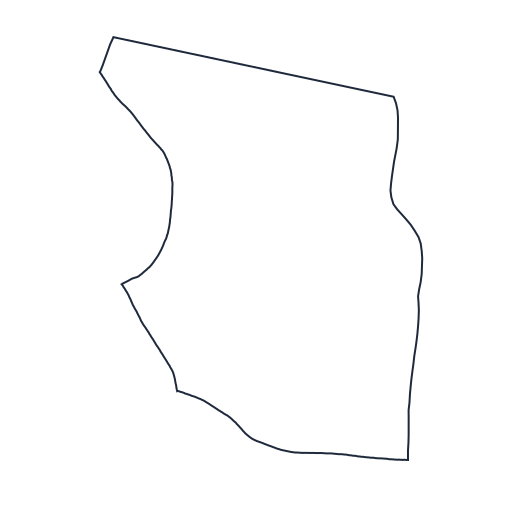 outline of Jabal Murad, Ma'rib, Yemen, rotated 12°
{"feature_id": "15242507B48371186390559", "entity_name": "Jabal Murad", "entity_type": "district", "adm_level": 2, "iso_a3": "YEM", "parent_name": "Yemen", "parent_adm1": "Ma'rib", "projection": "natural_earth1", "projection_center": [45.169, 15.045], "detail": "fine", "context": "isolated", "style": "outline", "palette": "slate", "viewbox_px": 512, "rotation_deg": 12, "n_neighbors": 0, "source": "geoboundaries", "source_scale": "gbopen_adm2", "svg_char_len": 5157}
<svg xmlns="http://www.w3.org/2000/svg" viewBox="0 0 512 512"><g transform="rotate(12 256 256)"><path d="M71.0,71.6L70.9,72.3L69.3,79.5L68.3,87.1L67.3,94.5L66.4,101.3L65.2,108.1L64.9,108.6L66.3,110.0L67.7,111.2L68.4,112.1L70.1,113.6L71.6,115.2L72.6,116.1L73.9,117.5L74.7,118.3L75.9,119.6L77.0,120.8L78.1,121.8L79.2,122.7L79.8,123.6L80.5,124.4L81.3,125.1L82.2,125.8L83.6,127.2L84.5,128.1L85.7,129.0L87.4,130.4L88.2,131.0L89.9,132.1L91.0,133.0L93.1,134.4L94.2,135.1L97.2,136.8L98.9,137.9L99.8,138.6L102.1,140.1L103.4,141.0L104.9,142.2L105.8,142.9L107.2,144.1L108.0,144.8L109.0,145.7L110.3,146.9L111.0,147.6L112.5,148.8L113.9,149.9L114.7,150.6L116.5,152.3L117.9,153.5L118.7,154.2L120.0,155.3L121.0,156.0L122.0,156.8L123.4,158.1L124.5,158.9L126.8,160.8L128.0,161.9L129.2,162.8L130.2,163.5L131.4,164.3L132.9,165.5L134.0,166.2L135.7,167.5L136.6,168.0L138.1,169.0L138.9,169.7L140.1,170.4L141.2,171.5L142.3,172.1L143.5,173.2L144.6,174.4L145.5,175.5L146.4,176.7L147.5,178.3L148.7,179.7L149.9,181.6L150.7,182.8L151.4,183.9L152.2,185.1L153.0,186.5L153.6,187.9L154.4,189.1L155.1,190.7L155.9,192.6L156.5,194.8L157.4,196.8L157.7,198.0L158.0,199.4L158.7,200.6L159.0,201.6L159.6,203.9L159.7,205.1L160.0,206.7L160.4,208.8L160.8,210.5L161.4,213.8L161.6,215.6L162.1,218.4L162.3,220.3L162.7,222.4L163.0,224.8L163.3,227.5L163.3,229.0L163.6,230.8L163.9,233.2L164.3,236.2L164.3,237.7L164.8,241.4L164.8,242.6L165.0,244.7L165.0,247.1L165.0,248.9L165.0,250.3L165.0,251.3L165.0,252.7L164.6,254.3L164.7,255.5L164.4,258.0L163.9,259.7L163.4,262.0L163.0,264.8L162.5,267.2L161.9,270.0L161.3,271.9L160.8,273.7L160.2,275.6L159.5,277.5L158.7,279.4L157.8,281.5L157.2,282.9L156.7,284.1L155.9,285.7L155.3,286.9L154.6,288.1L154.0,289.2L153.0,290.2L152.3,291.4L151.5,292.5L150.0,294.4L149.2,295.5L148.6,296.3L148.0,297.2L147.1,298.2L146.3,299.1L145.5,300.2L144.2,301.2L143.0,301.9L141.7,302.6L139.6,303.8L138.5,304.7L137.0,306.1L136.2,306.8L135.1,307.7L133.8,308.7L132.7,309.6L131.6,310.4L130.9,311.3L130.5,311.6L131.6,312.5L132.4,313.2L133.0,314.1L134.1,315.0L135.0,315.9L135.6,316.7L136.8,317.8L137.7,318.8L138.7,319.9L140.2,321.8L140.8,322.8L142.2,324.4L143.3,326.1L144.5,327.7L145.7,329.5L147.1,331.0L148.2,332.4L149.2,333.5L150.8,335.2L152.0,336.8L153.1,338.2L154.1,339.4L155.2,340.6L156.0,341.8L157.1,343.4L158.3,344.6L159.3,345.8L160.7,347.2L162.3,348.6L163.9,350.2L165.6,351.9L167.3,353.5L167.9,354.4L169.0,355.3L169.8,356.3L171.0,357.5L172.2,358.6L173.8,360.3L175.3,361.9L177.0,363.8L178.8,365.4L180.2,366.8L181.1,367.6L182.6,369.4L183.4,370.2L184.9,371.6L185.7,372.5L186.8,373.7L188.9,375.8L190.9,377.9L191.8,378.9L193.2,380.3L194.4,381.5L195.2,382.6L196.1,383.5L196.9,384.4L197.8,385.4L198.7,386.6L199.5,387.8L200.1,389.0L200.7,390.1L201.2,391.1L201.8,392.4L202.5,393.8L203.1,395.5L203.9,397.4L204.7,399.0L205.3,400.6L205.9,402.3L206.5,403.5L207.0,404.6L207.4,404.3L208.8,404.3L210.3,404.6L211.6,404.6L212.5,404.7L214.2,404.9L215.3,405.3L216.8,405.3L218.6,405.6L219.8,405.6L222.0,406.1L224.1,406.3L225.2,406.3L227.5,406.8L229.5,407.2L231.5,407.5L233.5,408.0L235.3,408.4L237.1,409.1L239.1,409.8L241.1,410.5L242.8,411.2L244.6,411.9L246.5,412.6L248.2,413.3L249.9,413.9L251.5,414.7L252.8,415.0L254.4,415.7L255.4,415.9L256.3,416.4L258.1,417.1L259.2,417.4L260.3,417.8L261.2,417.9L262.4,418.6L263.8,419.2L264.7,419.7L266.5,420.7L268.7,422.1L271.0,423.3L271.7,424.0L273.6,425.3L274.7,426.0L276.3,427.2L278.0,428.4L279.7,429.8L281.2,430.8L282.4,431.7L284.4,432.8L286.0,433.6L287.1,434.2L288.9,435.0L290.6,435.7L292.0,436.0L292.9,436.4L293.8,436.4L295.0,436.8L295.9,436.9L297.6,437.1L301.3,437.6L303.3,438.0L305.4,438.3L307.7,438.7L310.2,439.0L312.6,439.4L314.9,439.7L317.0,440.1L318.4,440.1L320.6,440.4L323.0,440.4L324.9,440.4L325.8,440.4L327.8,440.4L329.3,440.4L330.7,440.4L333.4,440.2L335.1,440.1L338.2,439.5L340.8,439.2L343.5,438.7L346.7,438.0L349.9,437.4L353.0,436.7L357.1,436.0L360.0,435.3L363.1,434.8L365.6,434.5L367.7,434.1L369.7,433.6L371.4,433.4L372.6,433.2L374.1,433.1L375.8,432.9L376.7,432.7L378.0,432.7L380.1,432.2L381.6,432.0L383.8,431.8L385.6,431.5L387.0,431.5L388.7,431.5L390.5,431.2L391.4,431.2L392.5,431.2L394.5,430.8L395.7,430.8L397.8,430.8L399.1,430.5L400.8,430.5L402.9,430.1L404.1,430.1L406.7,429.8L408.1,429.6L410.6,429.4L412.6,428.9L414.7,428.9L416.8,428.6L419.1,428.2L421.3,427.8L423.7,427.5L426.2,427.1L428.5,427.1L430.6,426.7L432.7,426.4L434.1,426.3L436.1,425.9L437.0,425.9L438.0,425.4L439.2,425.4L440.9,425.0L442.1,425.0L443.0,424.5L444.4,424.4L445.5,424.2L447.1,423.9L446.6,421.7L445.1,414.6L443.9,406.7L442.4,398.7L440.7,390.7L439.2,383.6L437.3,375.0L436.6,367.5L435.3,359.1L434.4,351.5L433.6,344.1L433.0,336.8L432.4,328.8L431.6,320.6L431.2,312.9L430.7,305.8L430.0,298.3L429.1,290.8L428.1,283.8L426.6,275.3L424.8,268.3L422.9,261.7L422.5,254.7L422.5,247.4L421.8,239.0L420.5,231.8L419.1,223.8L417.1,216.8L414.5,209.5L411.1,203.8L405.9,198.2L402.8,195.2L400.9,193.3L395.5,189.1L389.8,184.9L384.5,181.1L379.7,176.8L376.2,170.5L373.9,164.0L373.0,156.7L372.4,149.7L371.9,142.2L371.4,134.6L371.3,127.4L371.2,122.5L371.1,120.3L370.5,112.6L369.1,105.6L367.6,98.3L366.1,91.0L364.1,84.0L361.2,77.5L357.5,71.6L71.0,71.6Z" fill="none" stroke="#1e293b" stroke-width="2"/></g></svg>